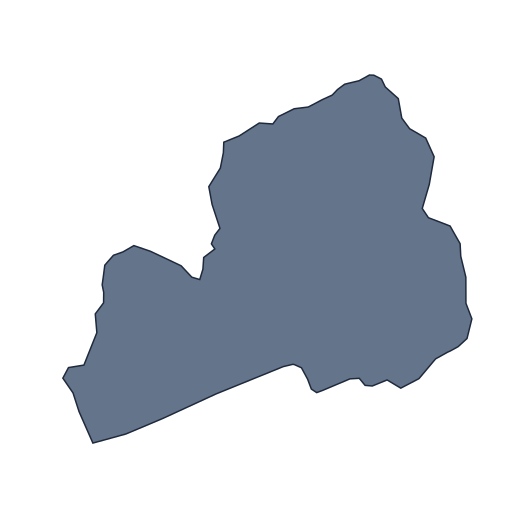 the district of Nyong-et-Kelle, Centre, Cameroon, rotated 353°
{"feature_id": "32672807B27096701160694", "entity_name": "Nyong-et-Kelle", "entity_type": "district", "adm_level": 2, "iso_a3": "CMR", "parent_name": "Cameroon", "parent_adm1": "Centre", "projection": "orthographic", "projection_center": [10.8, 3.763], "detail": "fine", "context": "isolated", "style": "filled", "palette": "slate", "viewbox_px": 512, "rotation_deg": 353, "n_neighbors": 0, "source": "geoboundaries", "source_scale": "gbopen_adm2", "svg_char_len": 1305}
<svg xmlns="http://www.w3.org/2000/svg" viewBox="0 0 512 512"><g transform="rotate(353 256 256)"><path d="M395.0,90.9L390.6,90.2L379.7,94.6L368.1,95.9L364.9,96.3L357.2,100.7L353.7,103.6L351.2,105.6L340.8,108.9L326.0,114.5L311.8,114.5L295.3,120.3L288.8,127.0L275.4,124.4L253.9,134.8L237.9,139.1L236.2,149.5L233.0,159.3L231.3,164.4L226.7,170.1L217.6,181.4L218.7,199.5L223.6,224.2L217.6,230.3L213.2,238.5L216.0,244.0L213.8,245.3L203.9,251.1L201.7,262.6L197.3,272.5L189.7,269.2L180.5,256.6L164.1,246.2L151.7,238.4L137.3,231.4L136.0,230.8L124.5,235.7L114.6,237.9L108.2,243.6L104.8,246.7L101.7,258.8L99.8,265.9L100.4,273.6L99.0,283.9L89.4,293.9L88.7,312.7L71.9,343.3L56.3,343.9L49.4,353.7L57.7,369.6L61.4,388.9L67.0,407.5L71.3,421.8L105.2,416.8L108.4,415.9L143.6,405.9L199.3,388.1L269.6,369.1L279.5,368.0L281.1,368.6L287.5,372.5L292.2,384.5L294.7,394.8L299.6,399.0L305.5,397.6L334.3,389.4L343.6,390.0L348.5,397.7L355.6,399.2L371.0,395.0L383.6,404.8L402.8,397.6L421.7,380.0L434.2,374.9L437.4,373.9L445.6,370.6L455.4,363.6L462.6,344.7L458.6,328.5L461.7,302.6L459.2,281.2L460.1,268.7L455.0,256.5L452.3,249.9L431.8,239.0L426.8,229.1L436.7,206.1L444.9,179.2L438.8,159.6L425.6,149.6L424.0,148.4L417.5,136.9L416.4,117.1L404.9,104.0L402.1,95.7L395.0,90.9Z" fill="#64748b" stroke="#1e293b" stroke-width="1.5"/></g></svg>